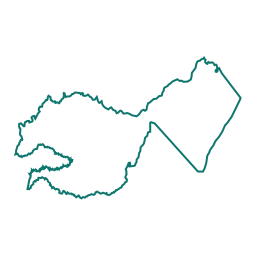 Tapauá, Amazonas, Brazil (Equal Earth projection)
{"feature_id": "56859067B86448043312286", "entity_name": "Tapauá", "entity_type": "district", "adm_level": 2, "iso_a3": "BRA", "parent_name": "Brazil", "parent_adm1": "Amazonas", "projection": "equal_earth", "projection_center": [-66.034, -6.025], "detail": "fine", "context": "isolated", "style": "outline", "palette": "teal", "viewbox_px": 256, "rotation_deg": 0, "n_neighbors": 0, "source": "geoboundaries", "source_scale": "gbopen_adm2", "svg_char_len": 5689}
<svg xmlns="http://www.w3.org/2000/svg" viewBox="0 0 256 256"><path d="M204.0,57.7L203.1,58.7L201.5,59.2L200.1,60.6L198.1,61.0L197.0,62.2L196.3,64.1L195.5,68.0L191.9,72.9L191.6,76.3L190.9,79.2L190.4,79.9L187.3,81.6L183.6,81.8L181.6,80.7L179.6,80.9L177.4,79.3L172.5,81.5L170.2,83.7L168.5,84.6L167.7,86.0L164.5,87.6L164.1,88.4L163.6,90.8L162.3,92.9L162.0,95.0L161.5,95.7L159.1,96.1L156.4,98.7L153.7,99.0L149.5,102.7L148.2,103.1L146.8,107.2L146.7,109.1L146.0,110.2L144.8,110.7L143.8,109.8L141.7,110.6L139.0,114.4L136.6,116.3L131.7,115.2L129.7,113.9L127.5,113.1L123.5,113.6L121.6,111.2L120.6,110.6L119.9,110.8L118.2,112.6L116.7,113.2L115.5,110.8L113.2,110.0L111.3,107.4L110.2,107.8L108.4,109.4L105.0,107.6L103.5,106.1L102.4,104.5L101.6,101.2L99.7,102.9L98.7,102.5L97.9,100.8L96.8,97.0L94.9,99.6L92.8,99.8L91.3,97.3L89.9,96.8L88.5,94.9L87.8,94.6L86.5,95.6L84.1,95.9L82.9,95.3L82.7,94.9L83.1,93.6L82.5,93.2L81.8,93.1L80.7,94.2L79.8,93.0L75.1,92.5L73.1,94.0L72.2,94.0L71.0,95.5L69.5,96.4L66.8,96.5L65.9,97.1L65.3,96.8L65.1,95.8L64.6,95.4L64.9,94.5L64.4,93.2L63.9,93.0L63.6,93.7L64.1,94.4L63.3,98.3L61.5,99.4L61.0,101.1L60.1,101.3L59.5,102.9L59.0,103.3L57.8,102.4L55.5,102.9L55.4,101.7L54.9,101.3L54.4,101.7L52.6,101.5L51.7,100.3L51.1,100.4L50.7,99.9L50.5,97.1L48.5,95.8L47.8,97.1L47.7,98.4L47.2,100.0L46.6,100.3L46.0,100.0L45.3,101.2L42.5,104.0L42.1,106.7L40.3,106.6L40.3,107.1L39.0,107.9L38.7,110.0L39.7,111.6L38.0,113.4L35.3,118.8L34.8,118.2L34.4,116.0L33.7,115.9L32.0,116.8L31.5,117.8L32.7,120.2L32.4,121.4L29.4,122.5L29.1,120.9L27.1,121.0L25.9,122.0L25.3,122.0L24.6,123.7L24.5,126.1L24.2,126.3L23.6,126.2L21.1,123.4L19.2,123.8L19.1,126.6L19.5,128.0L20.1,128.2L20.4,129.0L20.0,134.2L20.5,135.5L21.4,136.2L22.3,139.4L22.1,139.9L21.2,139.7L20.5,140.3L20.1,141.8L19.3,142.7L19.2,144.3L17.4,146.3L16.0,151.0L16.2,152.3L15.4,154.4L17.6,153.8L18.8,155.9L20.3,156.6L21.1,155.9L21.9,157.0L23.5,155.9L24.4,156.1L24.9,155.5L26.7,155.6L28.9,153.5L30.0,154.3L31.0,153.2L32.1,152.9L33.0,150.8L34.5,149.3L37.1,148.8L37.8,145.7L38.7,144.5L39.9,144.9L40.6,144.5L41.2,145.0L42.7,144.2L44.1,145.6L44.9,147.3L47.4,146.8L47.5,147.4L49.0,147.2L49.7,148.0L50.5,147.9L51.2,148.5L52.3,148.5L53.9,150.1L54.5,151.8L55.0,151.9L55.4,152.6L55.1,153.5L56.2,153.2L56.3,153.8L57.0,153.4L58.3,154.1L58.5,153.8L58.9,154.7L59.5,154.3L60.8,154.7L61.2,155.6L61.5,155.2L61.6,155.9L62.9,156.2L63.4,157.0L64.7,156.6L65.7,157.4L66.3,156.8L67.6,156.8L68.6,158.1L68.7,158.9L69.3,158.6L69.1,159.0L69.7,159.5L69.2,159.6L69.6,160.2L70.2,159.8L70.7,160.6L71.4,159.7L72.3,159.9L72.1,161.1L71.7,161.2L71.5,160.7L71.4,161.3L71.0,160.9L70.6,161.4L71.0,162.0L70.3,162.1L70.2,162.8L69.9,162.8L70.0,163.8L69.6,164.9L68.8,165.0L68.3,166.2L67.9,166.1L68.1,165.9L67.9,165.4L67.5,166.1L67.2,165.4L66.7,166.1L66.5,165.6L65.5,165.7L65.2,166.2L64.3,166.1L63.8,165.6L63.3,166.3L63.1,165.8L62.9,166.6L61.9,167.7L61.7,167.0L61.0,167.1L60.5,168.1L59.6,168.3L59.2,169.0L58.4,168.5L58.6,169.2L57.9,168.9L57.3,169.4L56.5,168.4L56.1,169.2L55.4,168.9L55.2,169.8L54.2,170.2L53.9,169.8L54.0,169.4L52.9,169.5L52.5,168.9L51.8,169.7L50.9,168.9L49.9,170.0L49.7,168.4L49.1,169.0L48.8,168.1L48.4,168.6L47.7,167.4L46.8,167.2L46.1,166.4L45.0,167.9L44.4,167.4L44.6,168.0L44.0,168.0L44.0,168.4L43.5,168.1L43.3,168.9L43.0,168.8L42.9,168.2L43.3,168.0L43.0,167.7L42.5,168.3L42.4,167.7L42.2,168.2L41.8,168.0L41.3,169.1L40.6,168.5L40.1,168.8L40.4,169.5L39.9,170.2L40.2,170.5L40.0,170.9L39.5,170.6L39.4,171.1L38.9,170.6L38.5,171.2L36.8,171.3L36.6,170.4L36.2,170.0L36.1,170.7L35.2,170.1L35.0,170.6L34.0,170.3L33.7,170.6L33.4,169.9L33.1,170.2L33.3,170.8L32.7,171.3L32.7,170.7L32.0,170.0L32.1,171.0L31.5,171.3L31.9,172.1L30.4,173.3L30.8,173.7L30.5,174.1L30.6,174.8L29.9,174.5L30.4,175.3L30.5,177.5L29.5,179.0L27.5,189.1L28.0,189.2L28.4,188.6L29.3,189.1L30.2,187.9L30.8,187.8L30.9,186.1L33.2,184.2L33.5,182.2L34.8,181.0L35.6,181.5L36.2,180.1L38.1,180.0L38.4,177.8L41.0,178.0L42.1,177.2L44.1,178.4L44.7,178.2L44.9,179.0L45.5,178.2L46.7,179.0L47.4,179.8L48.2,181.8L49.9,183.0L50.2,183.7L49.9,184.9L50.9,185.2L50.8,185.9L51.6,186.5L52.1,188.1L53.6,187.2L54.6,188.8L55.5,189.4L56.8,188.9L58.6,189.5L59.6,191.2L59.2,192.7L60.3,193.4L62.2,193.5L63.1,191.2L63.7,190.9L64.8,191.8L66.3,194.0L66.8,193.8L67.5,192.4L69.1,193.7L71.4,193.6L71.8,194.3L72.7,194.1L73.6,195.1L74.2,194.9L74.6,196.0L75.3,196.2L76.2,197.3L77.6,196.3L78.4,196.4L78.5,195.5L78.8,195.5L80.3,197.8L81.5,198.3L82.8,197.1L84.9,197.6L86.1,196.4L87.3,196.4L88.2,195.3L90.6,194.7L91.4,194.1L93.9,194.9L95.4,193.4L95.5,192.4L97.1,191.6L100.8,193.7L103.1,192.7L105.5,193.7L106.5,193.1L107.0,194.6L108.5,195.0L110.2,194.6L111.8,193.0L112.5,193.1L113.7,192.0L114.2,192.4L115.0,191.3L115.6,191.1L115.9,190.2L117.1,190.0L120.6,187.6L121.3,187.6L122.2,185.5L124.4,183.8L125.0,182.4L126.5,181.7L126.9,180.7L126.8,179.2L126.0,178.7L125.3,177.3L126.6,174.1L126.3,173.0L126.5,171.3L125.7,169.2L127.3,166.5L128.6,163.1L129.1,162.7L129.9,162.7L130.3,163.9L129.9,165.4L129.2,165.6L129.0,166.1L129.3,166.5L134.4,165.8L135.1,165.3L135.4,163.7L136.4,162.5L136.7,159.5L138.6,157.1L139.1,153.1L140.3,151.3L140.6,147.3L143.2,144.6L144.1,142.9L145.1,137.8L147.2,135.8L148.0,132.4L150.2,131.8L150.2,122.8L151.1,122.2L154.7,123.4L197.9,171.5L203.0,171.6L204.6,168.4L206.2,163.3L207.3,155.7L209.2,152.6L209.7,150.9L211.1,148.4L213.3,145.6L215.3,141.3L219.1,136.7L222.2,131.8L225.1,125.2L227.1,123.2L231.5,117.0L239.7,100.3L240.6,97.9L221.9,73.4L219.1,68.1L218.1,68.6L217.3,71.4L216.3,72.0L215.7,71.7L215.6,70.4L217.0,69.0L217.2,68.1L216.6,65.1L216.0,64.6L214.6,65.1L213.1,62.8L212.0,62.3L209.9,62.9L208.4,62.0L207.9,62.4L207.4,63.8L206.6,63.6L205.2,62.3L205.2,60.8L205.6,59.8L204.8,59.2L204.0,57.7Z" fill="none" stroke="#0f766e" stroke-width="2"/></svg>